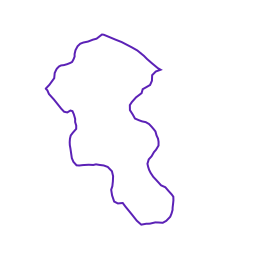 outline of Shabran District, Dəvəçi, Azerbaijan, rotated 318°
{"feature_id": "54616110B33183266084070", "entity_name": "Shabran District", "entity_type": "district", "adm_level": 2, "iso_a3": "AZE", "parent_name": "Azerbaijan", "parent_adm1": "Dəvəçi", "projection": "albers", "projection_center": [48.887, 41.122], "detail": "fine", "context": "isolated", "style": "outline", "palette": "violet", "viewbox_px": 256, "rotation_deg": 318, "n_neighbors": 0, "source": "geoboundaries", "source_scale": "gbopen_adm2", "svg_char_len": 1688}
<svg xmlns="http://www.w3.org/2000/svg" viewBox="0 0 256 256"><g transform="rotate(318 128 128)"><path d="M93.3,43.7L93.2,43.9L93.3,46.0L92.0,49.8L92.0,57.3L91.6,64.1L91.3,69.0L91.4,73.2L93.3,75.8L96.9,76.5L98.0,78.3L96.9,81.6L94.8,85.9L92.7,88.2L91.1,91.6L88.9,94.0L83.8,94.6L80.5,95.2L77.7,97.1L75.2,99.5L73.3,101.8L71.5,104.7L68.5,109.2L66.1,112.8L64.8,116.6L64.8,121.3L66.6,123.2L69.7,125.4L74.3,129.1L77.4,132.2L79.9,133.6L82.3,136.6L84.9,139.6L86.9,143.4L87.1,149.4L84.7,153.8L81.1,157.5L77.4,160.8L74.2,162.6L71.1,167.4L68.5,173.4L70.0,177.3L73.9,180.2L73.5,184.6L73.0,195.0L72.5,202.7L72.9,206.4L73.2,208.7L77.4,211.3L80.2,213.7L85.1,216.4L87.3,218.5L90.4,221.7L94.3,222.6L98.9,222.3L100.0,222.2L103.1,220.7L106.3,218.7L107.8,217.1L111.1,214.2L113.4,212.1L115.7,209.4L116.0,206.9L116.0,201.9L116.1,197.0L114.2,192.7L114.2,188.2L114.1,181.1L114.8,176.4L115.7,173.2L116.9,170.5L118.5,167.6L122.4,165.2L126.6,164.8L131.1,163.3L134.3,162.9L138.9,161.5L141.4,158.8L143.2,156.0L144.2,152.7L146.1,148.9L146.3,146.0L146.4,142.8L146.3,139.1L145.1,135.5L142.9,132.5L141.3,129.5L139.5,125.6L140.5,121.4L141.4,116.0L144.7,112.2L148.2,111.3L154.5,110.6L161.4,111.2L164.9,109.0L168.9,109.9L173.2,110.8L177.4,108.9L181.3,104.9L186.5,104.6L190.4,106.2L191.2,106.5L190.2,103.4L189.1,95.9L188.3,89.4L188.1,85.0L186.8,76.6L184.8,70.6L180.8,59.9L177.8,53.9L175.4,48.8L172.4,42.5L171.2,41.1L164.4,40.6L161.1,38.9L156.1,37.0L152.0,34.6L148.9,33.4L145.3,33.5L141.1,35.0L137.8,37.3L136.1,39.2L133.5,40.5L130.7,41.5L128.9,41.1L125.6,39.9L122.5,38.4L120.1,36.7L117.9,36.1L114.8,36.3L113.1,36.9L110.3,38.1L108.8,39.5L106.5,41.6L98.5,43.3L93.3,43.7Z" fill="none" stroke="#5b21b6" stroke-width="2"/></g></svg>